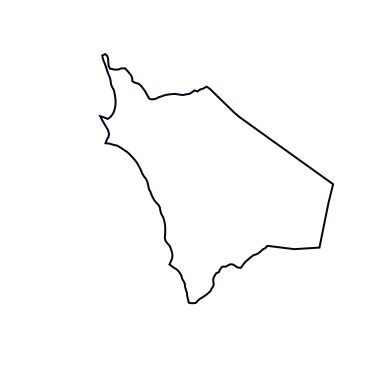 Maceió, Alagoas, Brazil, rotated 115°
{"feature_id": "56859067B19267714233978", "entity_name": "Maceió", "entity_type": "district", "adm_level": 2, "iso_a3": "BRA", "parent_name": "Brazil", "parent_adm1": "Alagoas", "projection": "orthographic", "projection_center": [-35.697, -9.542], "detail": "fine", "context": "isolated", "style": "outline", "palette": "ink", "viewbox_px": 384, "rotation_deg": 115, "n_neighbors": 0, "source": "geoboundaries", "source_scale": "gbopen_adm2", "svg_char_len": 2286}
<svg xmlns="http://www.w3.org/2000/svg" viewBox="0 0 384 384"><g transform="rotate(115 192 192)"><path d="M188.5,53.0L144.2,63.7L125.3,67.4L113.2,131.9L112.3,136.9L104.7,177.1L103.9,181.2L103.1,183.9L102.2,187.3L99.3,195.5L98.0,199.3L96.2,204.5L92.7,214.5L91.1,218.9L90.3,223.2L93.8,225.8L95.9,228.1L98.5,229.5L98.8,232.6L101.1,233.9L104.1,235.7L106.0,238.6L108.1,241.4L110.3,248.9L112.2,252.3L115.0,256.7L118.4,260.3L120.2,262.2L122.9,264.3L125.2,267.7L125.5,270.3L124.0,272.3L122.3,274.6L120.1,277.7L117.1,283.4L116.5,286.4L117.1,290.3L116.8,292.9L114.2,294.2L112.1,296.4L109.9,300.8L108.2,305.0L110.1,308.6L112.0,310.4L113.7,313.5L114.8,318.4L113.1,320.8L109.6,322.8L106.2,324.7L104.5,326.4L103.7,328.9L106.2,331.0L108.5,329.4L110.7,327.3L112.8,325.0L117.0,321.0L119.6,318.6L121.9,316.0L124.3,313.7L126.6,312.1L128.9,310.7L130.9,308.3L132.4,306.2L134.4,304.5L137.7,302.2L141.4,299.9L144.6,298.5L147.2,297.6L150.2,297.0L153.0,296.7L155.6,296.9L158.7,297.7L161.4,299.3L161.6,304.0L162.1,307.2L164.5,304.2L167.0,300.7L168.9,297.9L170.7,295.2L172.5,293.2L174.8,291.6L177.3,291.0L180.9,291.3L184.3,291.0L183.1,287.4L182.7,285.0L182.3,282.4L181.6,279.4L182.0,275.2L182.6,271.5L183.1,268.0L183.9,265.3L184.8,262.9L185.8,260.5L187.3,257.0L188.9,254.0L190.8,251.5L193.3,248.1L196.0,245.3L198.0,242.4L199.7,239.1L201.9,236.5L204.9,234.2L207.9,232.0L209.3,229.8L211.3,227.9L213.4,225.4L215.5,222.6L216.8,219.9L217.9,216.8L219.7,214.6L222.4,212.7L225.1,210.3L227.3,207.2L229.6,205.2L232.1,203.3L234.3,201.9L237.2,200.5L241.0,198.7L245.0,197.3L247.5,195.3L249.0,192.4L250.5,189.1L253.8,185.8L256.0,184.0L258.0,182.8L260.4,182.0L263.9,181.8L267.2,181.8L268.3,176.5L268.5,174.0L269.1,171.7L270.3,169.2L272.2,166.4L275.0,164.0L276.3,162.0L278.2,159.7L280.8,158.3L282.5,156.8L285.4,154.1L288.4,152.3L290.9,150.3L293.7,148.1L293.0,145.4L291.1,141.8L286.3,140.1L282.5,137.7L278.5,135.3L274.0,133.4L271.1,133.4L268.8,132.9L266.2,133.4L264.3,134.8L261.8,136.0L258.9,136.2L255.3,135.7L253.5,133.9L250.0,133.8L246.9,133.0L245.4,129.9L241.4,126.9L240.3,123.9L241.2,119.0L240.1,115.7L236.2,114.9L232.7,114.1L229.8,112.7L226.3,111.2L223.3,109.6L221.8,107.9L219.4,105.8L217.1,104.8L214.3,103.7L211.5,101.6L209.3,101.2L208.2,98.7L200.6,75.2L188.5,53.0Z" fill="none" stroke="#020617" stroke-width="2"/></g></svg>